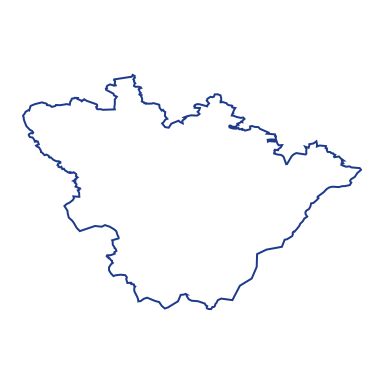 Loughrea Lea-5, Galway, Ireland
{"feature_id": "5873133B84872998039455", "entity_name": "Loughrea Lea-5", "entity_type": "district", "adm_level": 2, "iso_a3": "IRL", "parent_name": "Ireland", "parent_adm1": "Galway", "projection": "robinson", "projection_center": [-8.446, 53.152], "detail": "fine", "context": "isolated", "style": "outline", "palette": "blue", "viewbox_px": 384, "rotation_deg": 0, "n_neighbors": 0, "source": "geoboundaries", "source_scale": "gbopen_adm2", "svg_char_len": 5929}
<svg xmlns="http://www.w3.org/2000/svg" viewBox="0 0 384 384"><path d="M351.3,182.6L350.3,181.6L350.1,180.6L351.0,179.3L354.9,176.8L357.3,173.0L360.5,170.4L361.0,169.7L359.7,168.1L351.4,167.4L349.6,166.4L346.0,166.7L341.4,165.0L341.5,163.5L343.2,163.3L342.1,161.8L341.9,160.7L343.7,160.6L340.5,158.2L339.0,156.5L334.4,157.2L334.0,156.7L335.2,154.8L333.6,154.2L333.2,153.4L331.2,153.1L330.4,152.1L327.7,151.9L326.8,150.3L327.0,148.5L325.6,148.1L326.0,146.1L319.7,145.5L316.9,146.5L317.1,144.9L316.4,141.3L313.4,143.5L309.3,144.2L309.4,145.2L308.6,147.8L305.1,146.6L306.5,149.3L306.2,150.8L306.4,153.6L305.6,154.5L296.3,153.1L294.1,154.1L291.8,156.0L287.0,164.1L286.2,164.2L283.8,157.4L283.1,156.2L280.9,154.9L277.3,154.5L274.1,153.5L274.4,152.3L274.7,152.3L274.4,150.7L274.9,150.7L275.0,149.8L278.1,150.2L278.2,149.3L280.9,147.3L282.1,145.1L278.8,145.3L277.5,143.8L276.5,141.0L275.0,141.6L268.9,141.1L267.9,141.6L267.7,139.8L271.1,139.4L276.1,139.8L275.7,138.4L276.0,136.4L275.1,136.3L275.0,134.4L267.0,133.7L268.4,132.5L259.9,128.8L258.4,127.1L254.7,126.9L252.0,126.0L250.0,126.5L250.4,128.4L250.0,129.3L245.0,130.6L243.6,129.6L242.3,129.9L242.1,128.9L239.6,129.3L238.9,129.0L238.4,127.8L236.5,128.7L232.9,128.5L229.7,127.5L229.2,126.6L229.5,125.6L230.8,125.6L232.1,126.6L236.1,127.0L236.6,125.5L238.4,124.9L237.5,123.7L240.1,122.7L241.0,121.7L242.4,122.2L242.4,120.7L244.5,118.9L243.2,117.5L240.8,117.9L236.5,116.9L233.5,115.7L231.8,115.5L232.5,113.6L233.3,113.1L233.0,112.5L234.3,109.4L235.3,108.0L232.3,107.5L232.0,106.8L232.3,105.9L231.9,105.6L228.9,105.2L227.3,104.4L226.5,103.2L223.0,102.1L220.6,102.3L220.6,101.0L221.2,100.9L221.2,98.1L220.5,95.4L217.8,94.3L214.7,94.4L213.9,96.7L212.6,97.2L210.5,96.8L207.3,98.9L207.2,99.9L206.7,100.6L209.1,103.4L207.6,105.0L207.2,106.3L199.7,104.3L197.1,104.1L194.7,105.2L194.3,106.2L194.9,106.3L194.7,107.8L199.9,108.0L199.1,110.4L197.6,111.8L199.5,113.9L198.5,114.8L196.9,115.6L191.1,115.3L187.2,116.2L184.1,117.4L184.9,117.7L184.3,117.9L185.1,118.6L182.5,120.5L182.3,121.1L182.7,123.3L180.0,122.0L178.6,120.7L171.3,123.7L168.7,127.7L165.1,127.1L162.1,123.4L163.6,122.2L165.3,119.6L167.3,118.8L164.9,116.0L165.2,112.0L164.0,111.3L163.0,109.9L161.7,110.6L159.6,107.7L159.2,104.7L153.4,103.1L151.8,103.6L146.1,103.7L146.1,103.2L144.3,103.2L144.2,102.5L141.8,101.5L142.2,99.6L141.9,97.8L141.1,96.4L141.6,95.2L139.6,94.8L139.4,94.4L140.3,93.9L140.8,93.0L140.0,92.5L139.0,89.9L139.4,89.2L138.9,89.0L139.6,88.1L141.1,87.9L140.7,87.3L138.4,86.7L135.5,86.8L134.0,86.0L134.7,83.5L135.2,83.2L134.0,81.7L134.2,80.3L133.4,79.5L134.2,78.1L134.9,77.7L134.4,76.9L134.7,76.0L132.7,74.9L131.8,76.7L114.2,79.4L114.0,80.0L115.1,81.4L114.6,84.4L115.4,84.7L115.7,85.4L114.2,85.7L110.1,84.4L107.3,85.7L106.6,87.0L107.0,88.2L105.9,88.7L106.1,89.8L113.5,93.7L114.0,95.4L116.8,96.7L114.8,99.5L114.8,104.1L114.3,107.5L114.8,109.4L102.8,109.8L100.8,109.2L97.6,109.2L96.8,108.8L96.2,107.1L96.9,107.0L97.2,105.8L97.0,104.7L96.3,104.2L86.6,100.8L84.3,99.3L84.0,99.9L82.4,100.3L82.6,100.6L81.8,101.3L80.8,100.4L77.4,98.9L77.8,98.0L74.8,97.8L74.5,98.3L72.1,98.5L71.6,99.2L71.3,100.4L70.3,101.6L69.8,104.7L66.9,104.1L60.0,105.2L55.9,105.0L55.4,106.0L51.8,106.9L49.9,105.4L47.0,105.1L47.0,104.2L46.3,103.6L41.9,102.4L35.0,104.1L30.6,105.9L29.2,110.5L28.2,110.2L25.5,111.9L25.0,113.1L23.0,115.8L23.8,117.6L23.7,118.6L24.3,120.9L26.4,126.2L29.9,129.8L32.2,131.0L33.2,132.6L32.6,133.4L31.0,133.1L29.4,133.9L28.8,134.6L28.9,135.6L30.0,137.1L32.6,137.5L34.5,140.2L34.7,141.4L36.2,140.9L36.5,141.1L36.1,141.6L37.8,141.5L38.8,144.3L36.1,145.6L36.7,146.4L39.1,147.5L40.9,150.7L41.0,152.1L42.2,152.6L44.5,155.2L46.5,154.6L48.7,155.8L49.1,156.7L49.0,157.1L49.6,157.6L50.7,157.3L53.6,160.0L56.7,161.3L58.3,161.2L60.3,161.9L60.4,162.8L58.3,163.6L57.5,165.1L58.5,165.9L58.6,166.9L60.4,167.4L61.4,166.8L62.3,169.1L63.9,168.7L64.8,170.2L68.4,172.5L69.7,172.1L69.7,172.9L70.8,173.1L71.7,172.5L72.7,172.8L73.7,172.3L76.1,174.0L76.3,174.9L75.9,176.1L77.5,177.3L76.9,177.6L76.4,178.8L75.6,178.7L74.6,180.3L74.0,180.5L74.4,180.9L74.1,181.0L74.8,181.2L74.3,181.5L75.1,182.3L74.8,182.7L76.4,184.0L76.5,184.9L75.5,186.6L79.7,188.3L79.3,188.7L79.6,188.9L78.9,189.2L79.1,189.9L77.8,190.3L79.1,192.8L79.3,196.8L73.4,196.4L73.9,198.3L72.9,200.0L69.6,202.6L66.7,204.0L64.4,206.0L67.4,210.6L67.8,213.9L68.8,217.6L72.0,220.5L73.7,222.7L76.7,227.9L79.8,231.1L95.0,226.0L101.8,226.7L105.0,225.1L109.9,226.8L114.2,229.4L116.3,231.2L117.5,235.1L118.5,236.9L118.6,238.4L112.2,240.3L112.6,241.0L112.8,244.8L114.5,247.4L114.6,248.2L115.3,248.4L115.8,249.2L116.4,250.9L114.3,252.3L114.7,253.7L110.7,255.2L107.1,255.3L106.7,256.1L107.1,256.7L108.8,257.6L108.7,258.3L109.6,258.4L111.0,260.2L112.0,260.7L112.0,262.0L112.8,262.9L111.0,264.3L109.0,267.3L109.1,270.5L111.0,273.5L113.5,276.1L115.4,275.3L120.9,274.7L125.3,275.2L126.8,277.2L126.8,277.8L126.2,278.9L127.4,283.0L131.0,282.7L131.2,282.8L130.8,283.5L131.3,284.1L133.9,284.4L134.2,286.1L135.2,286.5L134.4,287.7L134.2,288.9L134.4,291.4L137.2,296.8L138.1,299.4L138.3,301.4L140.6,301.1L144.0,298.7L147.2,297.7L154.9,300.9L159.2,302.1L161.7,305.8L164.8,308.5L168.0,307.4L178.0,301.3L180.7,294.9L183.6,294.6L185.8,293.9L186.7,294.5L186.3,294.5L186.9,296.3L188.8,299.3L191.6,300.7L197.9,301.2L204.7,303.5L205.7,305.2L207.2,306.1L206.7,307.0L206.8,308.2L208.5,309.0L211.1,309.1L212.4,307.0L213.8,307.0L214.7,306.3L215.5,303.8L216.3,303.1L217.8,300.2L221.2,298.6L232.4,300.1L239.9,285.7L251.7,278.5L256.7,266.9L257.1,254.1L266.5,249.6L281.9,246.8L284.6,239.8L287.1,239.2L292.2,236.1L292.9,234.2L292.6,233.1L292.9,232.3L294.0,231.4L294.5,231.7L297.0,228.8L299.3,225.9L300.2,223.8L302.9,221.1L304.3,218.6L307.2,216.6L305.6,214.2L305.4,212.3L306.4,210.6L309.0,209.0L310.4,206.5L311.1,203.4L313.5,202.9L316.8,200.0L318.5,198.2L317.6,197.5L317.7,196.6L323.6,192.3L326.6,189.1L329.3,187.4L332.5,186.7L338.8,187.1L342.6,186.1L344.9,186.1L349.8,185.1L351.3,182.6Z" fill="none" stroke="#1e3a8a" stroke-width="2"/></svg>